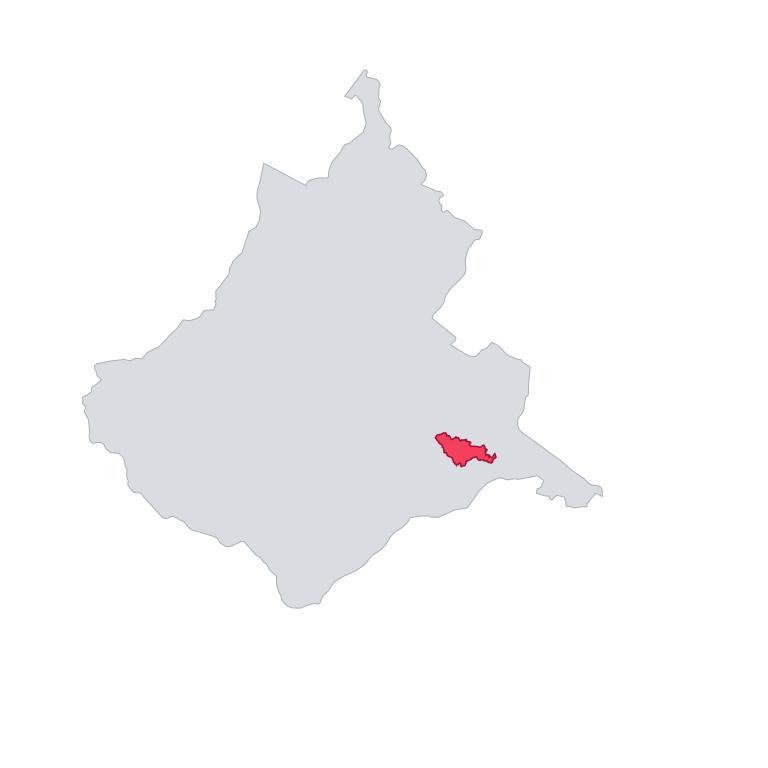 Bagata, Bandundu, Democratic Republic of the Congo shown in context, rotated 217°
{"feature_id": "63176286B20425932648522", "entity_name": "Bagata", "entity_type": "district", "adm_level": 2, "iso_a3": "COD", "parent_name": "Democratic Republic of the Congo", "parent_adm1": "Bandundu", "projection": "mercator", "projection_center": [17.479, -3.93], "detail": "fine", "context": "in_parent", "style": "filled", "palette": "rose", "viewbox_px": 768, "rotation_deg": 217, "n_neighbors": 0, "source": "geoboundaries", "source_scale": "gbopen_adm2", "svg_char_len": 9233}
<svg xmlns="http://www.w3.org/2000/svg" viewBox="0 0 768 768"><g transform="rotate(217 384 384)"><path d="M612.9,488.0L565.8,495.5L566.7,498.2L566.3,501.0L565.1,503.2L560.3,509.1L553.2,514.5L553.1,515.8L556.7,521.8L559.0,530.1L558.4,544.7L559.4,548.7L559.2,551.8L556.8,555.2L552.1,572.8L555.2,581.4L564.6,589.4L570.0,595.3L579.3,597.5L580.7,597.1L581.3,592.2L588.6,590.3L588.6,621.9L588.1,623.7L586.8,624.1L585.0,623.1L584.4,620.1L582.5,618.8L573.5,622.7L571.2,622.6L568.8,621.9L566.9,620.3L566.4,617.9L560.1,608.7L557.0,608.0L553.5,599.7L539.4,593.7L533.9,593.2L531.1,591.3L528.3,584.8L523.6,580.6L522.6,576.0L521.6,575.3L518.7,576.3L516.3,583.6L513.1,585.3L507.3,585.5L492.8,583.4L482.5,579.6L479.8,579.8L475.6,576.5L473.9,570.8L474.9,566.5L474.1,565.8L458.3,569.5L454.5,571.7L450.9,571.1L449.8,569.9L451.4,566.9L450.6,563.7L449.5,562.2L444.8,561.0L443.3,557.5L440.5,557.0L439.5,557.5L438.8,559.9L437.1,560.7L427.7,559.5L417.9,562.6L404.8,561.8L398.5,565.5L397.6,565.3L396.3,563.5L395.0,557.5L395.7,555.9L397.6,554.7L398.3,552.3L397.7,546.2L398.2,544.7L397.5,541.2L395.5,535.5L392.8,530.9L386.9,524.0L385.8,520.8L386.2,513.0L388.1,500.8L387.9,491.8L385.4,485.9L384.9,479.6L386.5,468.2L385.0,465.4L355.1,464.5L353.9,463.6L353.3,462.1L354.7,455.3L336.5,457.0L331.1,458.3L327.7,461.1L326.6,464.5L326.5,469.5L323.7,474.2L322.9,482.2L317.9,483.1L312.9,483.1L303.2,481.4L293.7,483.6L289.1,485.8L286.7,484.7L278.2,485.6L277.1,485.0L267.4,469.2L263.1,464.0L262.2,461.4L262.6,459.0L261.4,455.7L256.9,447.6L256.1,443.9L256.3,438.0L255.8,436.0L251.7,430.9L249.0,429.3L246.1,428.4L197.3,429.1L181.2,428.1L169.5,428.8L163.5,428.4L161.9,427.6L156.5,428.7L153.7,430.8L149.5,431.9L146.9,431.5L141.8,425.6L148.7,424.6L149.2,424.0L149.7,410.1L147.9,408.1L151.5,405.7L157.5,399.6L163.3,397.4L164.0,396.1L165.3,396.2L167.4,398.8L172.4,402.1L178.6,399.2L179.2,398.3L180.0,392.4L181.6,391.8L184.2,393.1L185.7,393.1L188.4,391.4L196.3,388.4L198.6,392.2L196.5,395.7L197.5,398.2L197.7,402.0L198.9,402.8L205.2,403.3L207.0,402.3L219.4,388.6L222.7,387.0L227.9,381.6L234.8,379.1L237.8,374.8L241.8,367.1L243.6,356.1L242.9,337.0L243.5,334.4L251.8,325.8L260.4,310.2L266.2,306.1L270.5,304.5L277.2,298.8L282.6,293.0L281.9,286.1L283.1,280.4L286.0,273.1L287.0,265.4L286.0,257.3L286.4,250.6L290.3,240.1L290.7,227.9L294.2,217.7L301.3,204.7L304.7,195.1L304.0,185.5L305.0,178.5L304.6,174.4L303.3,170.8L304.0,168.5L306.6,167.6L310.0,164.0L316.0,154.6L322.5,150.0L327.0,148.6L331.7,148.7L334.8,149.6L339.7,153.2L345.4,156.2L349.7,159.8L353.9,165.5L364.0,166.8L368.3,168.9L370.9,169.6L371.9,169.1L374.0,169.4L378.8,171.1L382.6,170.2L401.2,173.9L403.4,172.0L408.6,162.3L412.5,158.9L418.9,158.5L423.9,160.4L426.5,160.4L449.5,152.0L452.4,151.6L460.8,153.6L466.2,152.3L468.4,152.7L473.1,151.2L476.9,145.3L480.1,143.9L513.0,150.2L518.1,147.1L520.5,146.8L527.8,149.1L530.0,152.7L534.4,155.8L537.6,160.9L542.5,163.8L545.0,166.5L547.9,168.4L553.8,169.1L561.5,164.5L566.8,164.9L572.2,167.4L574.1,167.3L578.2,164.6L580.3,161.7L582.4,161.1L585.6,162.4L588.2,165.1L590.5,169.0L598.8,177.8L606.7,181.5L608.7,186.9L611.6,186.4L613.0,186.9L615.1,190.3L616.6,191.0L616.8,192.4L614.8,195.6L613.0,201.7L615.4,205.5L613.4,211.0L612.3,216.6L614.9,218.0L618.2,218.0L621.3,220.9L623.7,221.4L626.2,224.5L625.6,227.1L617.8,236.3L605.9,247.6L602.0,248.9L599.9,251.0L598.4,254.3L595.0,257.1L592.3,258.2L592.1,266.4L588.2,274.8L586.6,276.6L584.5,290.3L584.9,292.7L582.7,303.9L583.1,314.3L577.3,317.6L573.4,322.8L571.7,326.3L571.7,334.9L565.2,340.1L564.8,341.3L566.4,347.2L568.8,348.2L568.8,350.2L574.1,356.7L573.8,376.6L574.1,378.5L576.8,383.2L578.6,392.2L576.6,403.7L583.8,424.7L580.6,432.4L582.1,439.8L586.4,447.6L596.5,455.2L599.2,458.4L601.8,462.6L604.1,469.2L612.9,488.0Z" fill="#d9dde1" stroke="#a8b0b8" stroke-width="1"/><path d="M310.7,372.1L310.4,371.9L309.6,371.8L309.2,371.6L308.8,371.6L308.5,371.2L308.3,371.2L307.8,371.2L307.6,371.1L307.3,371.0L307.2,371.0L306.0,370.8L305.8,370.6L305.6,370.5L305.2,370.5L304.9,370.3L304.6,370.3L304.5,370.1L304.2,369.9L303.8,369.8L303.6,369.8L303.2,370.2L302.9,370.2L302.6,370.2L302.4,370.3L302.2,370.1L301.8,370.0L301.6,369.9L301.2,369.9L301.1,370.0L300.8,369.9L300.6,369.9L300.4,369.7L300.2,369.7L300.1,369.8L300.0,369.7L299.7,369.4L299.4,369.1L299.1,369.0L298.9,369.2L299.0,369.0L298.8,369.1L298.1,368.8L297.9,368.6L297.7,368.4L297.6,368.0L296.8,367.7L296.6,367.4L296.3,367.2L296.0,367.0L295.8,367.0L295.9,366.7L295.7,366.2L295.3,366.0L295.2,365.9L295.1,365.6L294.6,365.6L294.3,365.6L294.2,365.6L293.8,365.9L293.6,366.0L293.4,366.0L293.2,366.2L293.1,366.6L292.8,366.7L292.7,366.7L292.4,366.4L291.6,365.6L291.3,365.6L291.0,365.6L290.6,365.1L290.0,364.9L289.7,365.0L289.2,365.2L288.7,365.1L288.0,365.3L287.7,365.6L287.3,365.6L287.0,365.8L286.7,365.8L285.8,365.9L285.3,366.1L284.9,366.1L284.6,366.0L284.5,365.7L284.4,365.3L284.3,365.2L283.8,365.0L282.7,364.6L282.5,364.3L282.2,364.1L281.7,363.5L281.4,363.4L281.2,363.5L280.9,363.8L280.7,363.8L280.3,363.3L280.1,363.3L279.9,363.3L279.5,363.0L279.4,362.9L279.1,362.9L278.8,363.1L278.3,363.1L278.0,363.0L277.6,362.8L277.8,363.2L277.4,363.7L276.5,363.9L276.1,364.5L276.5,365.3L276.4,365.3L276.4,365.7L276.0,366.0L275.8,366.4L275.3,366.4L275.2,366.5L274.9,366.4L274.7,366.3L274.5,366.2L274.4,365.6L274.2,365.3L273.9,365.1L273.5,365.1L273.3,365.0L273.1,364.8L272.6,364.5L272.4,365.2L272.3,365.3L271.9,365.3L271.7,366.0L271.6,366.3L270.7,367.0L270.4,367.5L270.4,367.8L270.5,368.2L270.6,368.8L270.8,369.2L270.9,369.4L270.7,369.9L271.0,370.3L271.2,370.5L271.5,371.3L271.8,371.6L271.9,372.0L271.4,372.2L271.2,372.3L271.3,372.9L271.2,373.0L271.0,373.3L270.7,373.5L270.2,374.2L270.0,374.9L269.6,375.3L269.4,375.6L269.4,376.0L269.5,376.2L269.0,376.7L269.0,376.9L269.0,377.5L269.0,378.0L268.7,378.6L268.5,378.8L268.3,379.2L268.2,379.3L267.9,379.3L267.4,379.9L267.0,380.3L266.9,380.8L266.7,381.1L266.2,381.4L266.0,381.5L265.5,381.4L265.0,381.0L264.6,380.9L264.3,380.7L264.0,380.4L263.8,380.3L263.2,380.3L262.8,380.3L261.8,380.4L261.7,380.5L261.3,380.9L261.2,381.3L260.4,382.2L260.2,382.4L259.8,382.7L258.9,383.3L258.3,382.9L258.0,382.9L257.7,383.0L257.4,383.2L257.0,383.4L256.6,383.8L256.2,383.8L255.9,384.4L255.7,384.6L255.3,384.6L255.2,384.4L254.9,384.4L254.2,384.2L253.7,384.3L253.5,384.2L253.2,384.4L252.9,384.4L252.4,384.7L252.1,384.9L251.9,385.0L250.7,385.5L250.7,386.0L250.3,386.6L250.2,386.7L250.3,386.9L250.6,386.9L250.5,387.2L250.5,387.4L250.6,387.5L250.9,387.6L250.9,387.9L251.3,388.7L251.3,389.0L251.2,389.2L251.2,389.3L251.6,389.9L251.6,390.0L251.4,390.3L251.3,390.5L251.2,390.7L251.0,390.8L251.1,391.1L250.9,391.3L250.7,391.5L250.7,391.9L250.5,392.1L250.7,392.4L250.7,392.7L250.7,392.9L250.6,393.1L251.1,393.2L251.8,393.9L253.0,394.7L253.3,394.9L253.5,395.0L253.5,394.9L253.6,394.4L253.6,392.8L253.4,391.3L253.6,390.6L253.7,390.3L254.0,390.2L254.5,390.0L254.7,389.9L254.8,389.8L255.0,389.7L255.3,389.2L255.7,389.2L255.9,389.0L256.2,389.8L256.3,389.7L256.6,389.2L256.8,389.2L256.9,389.3L257.0,389.6L257.0,390.4L257.0,390.5L257.4,390.4L257.7,389.9L257.9,389.8L258.3,389.8L258.4,390.0L258.6,389.9L258.9,389.9L259.0,389.8L259.4,389.8L259.6,389.6L259.7,389.4L259.7,388.8L259.8,388.3L260.0,388.4L260.7,389.2L261.2,389.6L261.4,390.0L261.6,390.7L261.8,391.0L262.1,391.1L262.5,390.9L262.7,391.0L262.8,391.2L262.8,391.7L262.4,392.2L261.9,392.6L261.9,393.0L262.1,393.4L262.2,393.6L262.4,393.7L263.0,393.6L263.3,393.5L263.8,393.0L264.1,393.0L264.4,393.1L264.8,393.6L265.2,394.2L265.4,394.4L265.9,394.5L266.2,394.8L266.5,394.8L267.0,395.2L267.4,395.2L267.7,395.1L268.0,394.8L268.3,393.8L268.4,393.1L268.6,392.4L268.9,391.8L269.2,391.4L269.6,391.0L270.0,390.7L270.7,390.7L271.1,390.6L272.1,390.2L272.6,389.8L273.4,389.2L274.2,388.5L274.3,388.4L275.1,388.2L276.0,387.3L276.3,387.0L276.6,386.8L277.5,386.9L278.7,386.8L279.0,386.7L279.3,387.0L279.3,387.3L279.6,387.8L279.7,388.2L279.6,388.3L279.5,388.7L279.4,389.2L279.5,389.4L279.7,389.5L280.0,389.5L280.8,389.3L281.8,388.9L282.8,388.4L283.6,387.8L283.9,388.0L284.3,388.4L284.4,388.7L284.4,388.9L284.5,388.9L284.7,389.0L284.9,389.0L285.1,388.9L285.2,388.7L285.4,388.5L285.5,388.4L285.4,388.1L285.4,387.9L285.5,387.9L285.8,387.9L285.8,388.1L286.0,387.8L286.1,387.5L286.3,387.4L286.4,387.5L286.5,387.5L286.6,387.4L286.6,387.1L287.5,386.5L287.9,386.5L288.0,386.4L287.9,386.1L288.0,385.9L288.3,385.9L288.5,385.8L288.4,385.6L288.4,385.4L288.3,385.1L288.3,384.9L289.1,384.6L289.3,384.3L289.5,384.3L290.2,384.9L290.4,385.0L290.7,385.1L290.8,385.2L291.2,385.3L291.4,385.5L291.8,385.6L292.0,385.8L292.6,385.9L292.9,385.2L293.2,384.7L293.4,384.6L293.7,384.7L294.5,385.1L294.8,385.1L294.8,383.7L295.3,383.2L295.3,382.9L295.5,382.4L295.8,382.1L296.1,380.9L296.3,380.6L296.5,380.4L297.3,380.4L297.8,380.6L298.3,380.9L300.1,381.8L300.7,381.9L300.9,381.9L301.2,381.4L301.3,381.3L302.2,381.4L302.5,381.3L302.6,380.5L302.7,380.2L302.8,380.3L303.1,380.7L303.5,381.1L304.1,381.6L304.4,381.8L304.7,381.9L304.9,382.0L305.4,382.1L305.6,381.9L306.0,381.4L306.1,381.0L306.2,380.9L306.3,380.8L306.9,380.8L307.2,380.6L307.6,379.4L307.5,379.1L307.5,378.9L307.8,378.5L308.2,378.3L308.4,378.1L309.3,376.7L309.5,376.5L309.9,376.3L310.2,376.1L310.5,375.6L310.8,374.7L310.8,374.3L310.7,373.7L310.8,373.2L310.7,372.9L310.7,372.3L310.7,372.1Z" fill="#f43f5e" stroke="#9f1239" stroke-width="1.5"/></g></svg>